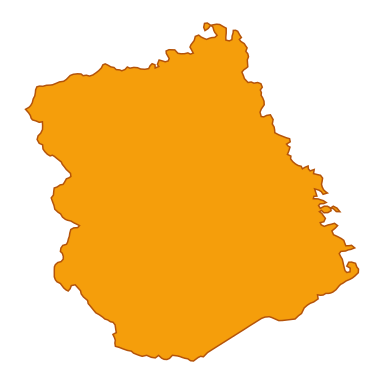 outline of Buri, São Paulo, Brazil
{"feature_id": "56859067B24230561031426", "entity_name": "Buri", "entity_type": "district", "adm_level": 2, "iso_a3": "BRA", "parent_name": "Brazil", "parent_adm1": "São Paulo", "projection": "mercator", "projection_center": [-48.559, -23.74], "detail": "fine", "context": "isolated", "style": "filled", "palette": "amber", "viewbox_px": 384, "rotation_deg": 0, "n_neighbors": 0, "source": "geoboundaries", "source_scale": "gbopen_adm2", "svg_char_len": 4913}
<svg xmlns="http://www.w3.org/2000/svg" viewBox="0 0 384 384"><path d="M210.7,25.3L212.9,27.0L213.8,30.3L214.8,32.4L217.1,35.3L214.8,37.4L211.7,37.6L209.2,38.3L206.6,39.4L204.5,38.6L201.1,37.0L198.7,35.1L195.3,36.4L194.2,40.5L190.9,44.9L190.0,47.1L191.4,49.6L193.3,53.1L190.4,54.1L187.9,52.9L184.5,53.7L181.1,53.8L177.9,53.3L174.8,49.9L169.0,49.7L166.1,51.0L166.3,53.4L169.2,58.6L168.1,61.0L165.2,61.8L163.0,61.1L159.1,60.0L157.4,64.4L158.8,66.5L155.2,68.0L155.0,64.8L152.1,63.7L150.2,65.6L148.7,68.6L144.9,69.3L140.6,69.0L137.5,67.7L133.8,67.4L129.9,68.2L127.3,67.0L125.0,69.5L121.8,70.8L119.7,69.9L116.2,69.6L114.0,67.5L110.9,66.9L107.6,65.0L105.2,63.9L102.9,64.8L101.4,67.9L98.7,70.7L95.9,72.9L92.8,75.0L89.5,76.1L86.4,75.2L83.1,75.7L81.1,74.0L77.5,73.8L73.2,74.3L70.2,75.5L66.3,79.5L63.6,81.3L59.5,81.9L56.0,83.4L52.5,84.8L50.2,85.1L46.4,85.3L42.9,86.3L39.5,86.1L36.9,86.8L35.6,89.9L35.4,92.5L34.8,95.9L33.2,99.0L32.3,102.7L30.6,105.7L28.9,107.4L25.5,109.3L28.7,112.9L30.4,115.6L31.1,118.1L32.5,119.9L35.9,120.9L39.2,122.3L42.4,121.8L42.6,125.7L42.5,129.5L40.7,133.2L38.1,135.8L37.1,139.5L39.2,143.3L42.6,144.8L43.0,149.0L44.8,151.6L47.3,154.2L50.1,155.9L52.4,155.2L54.4,156.4L57.3,158.8L61.3,162.0L62.3,164.3L64.4,166.9L66.3,169.5L68.2,171.2L70.5,173.4L70.9,176.5L68.8,177.9L66.4,178.8L64.4,182.4L63.0,184.4L60.2,184.9L57.1,187.0L54.2,188.0L53.8,191.0L53.4,195.1L51.2,197.9L52.3,201.0L54.0,205.5L54.8,209.2L58.0,212.2L60.6,213.9L62.5,217.1L65.3,219.3L67.4,220.2L70.9,221.0L74.2,223.0L76.6,224.1L79.5,225.6L77.7,227.6L73.7,227.9L70.8,229.5L69.8,233.1L69.3,236.5L68.4,238.9L67.7,241.9L66.5,244.3L62.8,245.4L60.9,248.1L60.4,251.5L62.3,253.3L63.3,256.4L63.2,259.2L61.1,261.6L57.8,262.5L55.4,264.6L54.4,266.9L54.3,270.0L54.3,273.6L54.3,276.9L55.4,279.8L57.0,281.8L60.4,283.5L63.7,287.9L66.0,289.9L68.2,291.0L70.1,288.8L71.3,285.6L75.2,284.8L77.9,287.8L80.5,290.7L81.2,293.9L83.4,296.9L87.6,300.5L88.2,303.6L89.7,305.3L91.4,307.4L93.4,309.9L95.8,312.8L99.4,314.8L102.8,317.2L104.8,319.0L107.7,319.9L110.4,321.7L113.1,322.3L115.1,324.9L115.8,329.8L116.3,332.6L112.9,334.4L114.4,337.5L115.3,340.2L114.9,343.1L115.4,346.3L119.3,347.4L122.8,348.8L127.4,350.4L131.3,351.1L133.5,353.1L136.9,354.5L139.6,355.5L142.2,356.3L146.7,355.3L151.3,357.3L155.3,357.9L158.6,355.4L161.7,358.2L164.0,359.3L166.9,359.5L169.5,358.4L172.4,355.3L177.4,355.9L180.1,356.6L182.1,357.4L185.0,358.3L187.8,358.8L190.5,360.7L193.5,361.0L196.0,359.1L198.0,357.6L200.6,356.3L203.4,356.8L207.6,352.5L212.3,349.5L215.6,347.4L245.7,328.4L249.2,326.1L261.5,318.4L264.9,317.1L269.2,316.7L271.5,317.4L278.8,320.6L282.3,320.5L295.1,319.0L298.5,315.7L301.5,313.5L304.2,307.9L307.4,305.1L310.2,303.3L313.8,301.9L318.1,298.9L317.5,294.8L320.4,295.3L323.2,295.0L325.8,293.4L328.5,293.4L330.6,293.0L332.8,292.1L336.0,289.7L339.0,286.0L340.7,284.3L342.7,283.3L346.2,280.9L350.2,279.2L352.5,277.9L354.9,276.0L358.3,272.7L358.5,269.1L356.8,267.0L355.5,263.3L351.5,262.1L348.8,262.2L346.8,266.1L350.2,268.2L350.0,271.8L346.8,272.5L345.0,270.6L343.8,266.0L343.2,263.2L342.3,259.3L340.6,256.4L339.2,253.6L340.9,251.4L345.6,251.0L348.2,249.9L350.9,249.4L354.7,247.9L351.5,245.3L349.0,245.7L345.8,245.8L344.6,242.7L343.8,240.4L341.4,238.6L337.6,236.6L333.5,234.7L331.9,230.9L335.2,228.2L337.6,225.6L334.5,223.3L331.1,224.3L328.2,224.9L324.2,226.4L321.2,224.8L320.2,222.6L323.8,221.8L325.4,218.4L323.2,215.5L321.8,213.4L319.4,211.7L321.4,210.4L324.0,212.8L327.9,212.6L331.1,210.7L330.6,208.0L327.4,206.2L324.3,206.2L320.3,208.3L318.5,205.6L320.1,203.8L323.7,203.6L326.2,202.5L323.3,200.6L320.3,199.7L318.1,198.9L313.3,198.7L313.9,196.3L316.9,196.1L315.7,192.3L314.6,188.9L318.8,190.1L321.2,191.6L323.1,194.3L327.4,193.0L325.5,191.6L323.5,189.7L322.1,186.7L321.5,184.2L322.1,181.4L322.6,178.1L320.5,175.3L317.9,174.7L313.5,173.6L314.2,169.5L310.1,170.9L308.4,168.9L308.1,166.0L305.0,167.3L302.4,168.8L301.2,166.3L298.1,165.5L295.4,163.9L292.8,161.7L290.6,158.9L290.9,156.1L287.4,154.4L288.8,151.0L290.0,147.1L288.0,146.0L286.5,144.1L290.2,141.8L289.6,138.7L286.4,137.8L281.5,135.9L278.7,134.8L274.8,132.7L274.6,129.8L274.1,127.0L272.3,124.0L273.1,119.5L271.8,117.3L270.4,114.8L266.7,115.4L263.7,116.9L261.2,116.5L260.0,112.2L261.3,109.0L264.2,104.8L264.0,101.2L262.6,97.7L261.1,95.3L261.4,92.7L260.3,90.0L262.3,87.2L260.9,83.7L257.6,82.5L254.0,83.2L251.2,82.0L248.0,82.5L244.4,78.6L243.5,75.9L241.9,72.1L243.8,69.8L245.9,68.4L247.8,66.8L247.5,62.9L247.3,59.8L248.5,56.8L247.8,53.8L245.8,51.3L247.1,47.9L245.6,45.8L244.3,43.7L240.7,41.3L239.3,39.4L241.4,37.5L239.6,34.8L237.7,31.3L235.7,30.3L233.3,30.4L233.1,32.9L232.1,36.1L231.9,39.6L229.3,40.9L225.9,40.1L225.8,37.1L226.2,33.1L226.2,28.2L223.3,26.6L219.7,24.5L216.7,24.2L214.2,24.6L210.7,25.3ZM210.7,25.3L207.3,23.0L204.5,23.4L203.7,27.3L205.0,30.6L208.2,28.5L210.7,25.3ZM330.6,208.0L333.4,208.7L336.3,211.6L339.9,211.7L337.0,208.1L333.3,206.2L330.6,208.0Z" fill="#f59e0b" stroke="#b45309" stroke-width="1.5"/></svg>